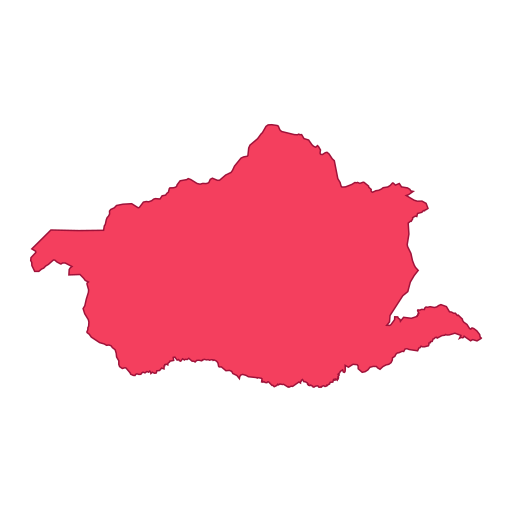 the district of Nkoranza North, Brong Ahafo, Ghana
{"feature_id": "2480657B63998169387071", "entity_name": "Nkoranza North", "entity_type": "district", "adm_level": 2, "iso_a3": "GHA", "parent_name": "Ghana", "parent_adm1": "Brong Ahafo", "projection": "robinson", "projection_center": [-1.569, 7.72], "detail": "fine", "context": "isolated", "style": "filled", "palette": "rose", "viewbox_px": 512, "rotation_deg": 0, "n_neighbors": 0, "source": "geoboundaries", "source_scale": "gbopen_adm2", "svg_char_len": 6084}
<svg xmlns="http://www.w3.org/2000/svg" viewBox="0 0 512 512"><path d="M318.6,146.7L317.5,145.6L315.7,147.2L313.6,146.3L311.9,144.7L308.6,140.0L304.0,138.6L301.6,134.6L299.8,134.7L298.8,134.1L297.4,134.8L294.3,134.6L281.6,131.5L279.8,129.8L278.3,126.1L277.2,125.5L271.7,124.7L268.1,124.9L266.0,126.4L262.4,132.7L261.1,133.9L257.6,138.7L250.0,145.1L248.7,148.0L247.9,155.6L247.4,156.2L243.6,156.9L241.0,158.1L234.5,166.1L232.5,170.4L231.1,172.4L225.7,175.0L219.5,180.3L217.4,180.3L212.4,178.2L210.3,179.3L208.8,182.6L207.6,183.2L205.9,183.6L202.8,183.4L200.1,184.2L197.1,183.5L190.7,179.5L188.2,178.6L186.8,179.6L180.1,180.8L177.1,184.8L176.7,186.2L175.6,187.2L173.2,187.8L169.9,187.9L169.3,188.6L168.4,192.2L166.9,193.3L165.6,195.1L162.1,195.8L160.0,199.0L155.5,198.6L153.7,199.1L151.7,200.7L148.6,201.8L146.3,201.5L143.4,202.1L139.4,207.4L138.2,207.8L131.7,203.7L122.9,204.2L116.5,205.5L114.3,207.8L110.7,209.5L109.5,211.1L109.6,214.0L108.4,216.3L107.2,217.5L106.3,219.7L105.3,224.4L104.3,225.9L103.6,230.3L79.0,230.6L50.9,230.0L31.8,248.9L35.6,251.2L35.8,252.5L31.0,257.6L30.7,260.6L31.7,262.3L31.9,265.6L34.7,271.4L38.8,271.4L41.5,269.1L43.7,268.1L45.7,266.0L48.4,264.4L53.4,260.0L54.8,260.1L56.8,261.9L60.5,263.9L61.2,263.9L62.5,263.0L65.2,263.0L72.0,266.5L70.3,267.8L69.2,269.5L68.9,274.9L80.0,274.5L83.7,278.3L85.2,280.4L88.4,282.0L87.0,283.2L87.0,284.1L88.6,289.8L88.4,292.4L86.3,299.1L84.8,305.8L83.1,308.6L84.7,313.7L88.3,319.6L88.9,322.1L88.6,326.3L87.9,327.6L87.8,329.8L86.9,331.9L87.1,332.6L89.3,334.3L91.3,337.1L99.6,342.6L104.4,344.0L106.5,345.3L108.9,345.0L111.0,345.7L112.4,347.6L115.1,349.7L116.2,353.2L116.6,357.0L118.8,360.8L118.8,364.4L119.6,366.6L122.3,368.5L125.0,367.7L126.1,368.1L130.0,372.7L130.7,374.2L133.3,375.4L135.0,375.5L135.7,374.4L136.9,373.8L138.8,374.4L140.8,374.3L142.3,372.5L143.1,372.2L145.0,372.9L146.9,371.5L148.7,372.2L149.8,371.1L150.6,372.1L150.9,373.5L152.4,372.2L154.3,373.2L155.9,373.1L156.3,372.9L156.8,370.8L159.6,370.5L161.6,368.1L164.0,368.9L164.1,365.9L164.8,365.7L164.8,364.6L166.3,364.2L167.8,364.9L167.9,363.4L169.6,361.9L169.8,361.2L173.7,360.4L173.2,357.4L174.9,357.1L177.1,360.1L178.6,359.5L179.4,360.7L180.7,361.2L182.6,358.8L184.4,360.0L185.2,359.3L187.3,359.5L188.8,358.3L192.1,361.2L193.8,361.2L195.1,362.0L196.7,360.4L198.9,360.2L201.5,360.8L202.2,360.1L202.3,360.4L204.1,359.3L206.7,359.9L208.2,359.6L209.5,360.2L211.3,359.7L212.9,359.8L213.1,360.4L214.2,360.0L216.2,360.9L217.3,362.0L218.0,363.2L218.6,366.3L219.2,366.9L221.4,366.9L225.9,370.7L229.5,370.4L231.7,371.4L232.8,373.5L236.9,375.5L239.4,378.6L239.7,376.6L240.8,375.0L242.7,374.4L246.1,375.4L248.3,376.7L256.6,377.6L257.2,378.1L257.8,377.6L261.4,378.3L262.0,378.8L261.6,381.9L262.7,382.1L262.9,381.5L263.4,382.0L264.1,381.7L265.1,382.5L266.9,382.7L267.6,381.9L268.6,381.9L272.0,385.4L272.8,385.3L274.2,386.7L276.8,385.5L277.6,384.3L278.3,384.9L279.3,384.1L279.8,384.4L280.4,384.0L282.3,384.5L283.6,384.3L288.1,387.1L288.4,386.7L289.2,387.1L291.1,386.2L292.6,386.4L298.9,382.0L300.5,383.0L300.6,381.7L301.4,381.0L301.4,380.3L302.5,379.5L303.9,381.7L305.2,381.7L307.4,383.0L307.6,384.3L308.0,384.7L308.5,384.4L308.6,385.3L309.9,385.6L310.8,385.0L311.4,385.7L312.5,386.0L313.1,387.0L314.0,387.1L315.2,386.3L317.2,385.8L317.9,385.9L318.7,387.1L320.2,387.3L320.8,386.8L321.5,387.1L321.8,386.4L323.6,385.7L325.0,386.5L326.5,386.0L326.7,385.3L327.2,385.6L328.7,384.2L329.5,384.1L330.2,382.3L332.8,382.1L333.5,379.6L334.4,380.2L335.4,379.5L335.3,379.0L336.0,379.2L336.1,379.9L336.8,379.5L337.3,380.0L337.6,378.6L338.1,378.9L338.5,377.8L338.1,377.5L338.3,376.8L338.0,376.3L339.0,375.5L339.0,374.8L338.3,374.3L339.0,374.1L338.8,373.5L339.8,372.7L340.2,371.5L342.6,369.9L343.3,372.0L344.3,372.4L345.0,371.7L345.3,369.5L345.2,365.4L348.4,367.2L353.0,364.3L357.2,364.7L358.1,365.9L358.2,368.8L362.2,372.3L365.1,371.7L367.9,369.9L369.9,367.3L373.2,366.4L376.5,366.5L377.5,367.8L380.0,369.3L382.9,366.6L386.1,364.9L388.8,364.3L391.1,362.6L392.3,360.1L392.5,357.8L394.8,356.4L395.9,354.2L397.4,352.9L398.8,352.8L402.1,351.3L403.7,351.5L405.1,349.0L407.0,348.7L409.1,349.5L417.6,350.8L418.9,348.0L420.0,347.7L421.0,346.2L422.3,346.8L424.5,346.8L428.4,345.8L428.9,344.7L428.9,343.1L430.4,342.7L430.5,341.6L432.2,341.4L433.1,339.0L434.1,338.7L435.2,337.5L436.6,337.3L437.2,338.1L441.9,335.6L444.9,335.2L445.5,334.5L446.9,335.0L449.2,334.9L454.9,333.2L460.9,335.4L459.5,338.3L461.2,337.4L462.6,337.8L463.4,337.5L464.1,336.2L470.6,340.8L472.7,339.6L477.0,340.9L481.0,338.5L481.3,338.1L480.1,337.0L479.7,334.6L476.9,330.9L473.9,328.6L472.4,328.0L471.6,328.1L470.8,329.1L469.6,328.6L467.0,324.5L463.7,322.1L462.5,320.3L462.4,319.1L458.2,315.1L457.3,315.5L455.4,313.2L453.7,313.3L451.6,312.1L449.5,311.8L446.4,306.6L440.9,304.6L438.5,305.6L436.8,306.9L434.4,307.5L430.1,306.7L427.5,307.3L426.0,307.0L424.8,308.0L424.4,309.5L421.5,309.4L420.0,310.1L417.9,309.9L417.6,310.7L418.6,312.7L418.2,313.4L418.6,313.7L417.8,314.4L417.9,315.3L417.0,315.7L417.1,316.4L411.3,318.3L403.6,317.3L400.4,321.3L400.0,319.4L398.4,318.3L397.7,316.9L394.7,316.8L394.6,319.7L390.9,324.7L389.9,325.4L386.7,325.3L389.5,321.9L390.0,315.5L402.8,295.7L407.8,291.6L410.3,282.1L414.2,275.5L418.2,270.4L415.4,267.3L414.2,265.1L412.5,260.7L410.9,253.4L407.6,246.6L407.2,244.6L408.9,234.1L408.2,223.1L410.5,221.2L411.2,221.3L412.7,218.8L412.6,217.7L415.4,216.1L416.8,216.5L417.5,213.5L421.8,212.3L423.5,210.6L424.6,210.8L425.4,209.7L426.3,209.6L428.0,208.4L426.1,203.4L422.0,201.1L417.4,201.2L414.1,200.2L406.2,195.5L408.5,194.7L413.2,191.4L410.8,190.9L409.8,189.3L407.5,187.9L401.5,186.9L399.3,183.5L395.4,185.1L393.3,183.1L392.5,183.0L390.2,185.5L387.7,187.0L383.1,187.7L381.5,189.0L378.7,190.3L375.9,190.7L372.5,192.3L371.4,191.5L371.0,190.6L371.2,189.4L368.8,187.3L368.6,186.1L364.1,182.4L363.2,182.2L359.8,183.4L357.5,182.4L356.5,182.8L354.9,182.5L351.9,184.4L345.5,186.9L342.0,187.1L341.0,185.9L340.1,182.5L337.8,178.6L334.3,160.7L332.3,158.9L329.0,153.9L327.0,152.3L325.3,152.7L322.5,154.5L320.8,154.4L320.2,153.7L320.1,152.6L320.5,150.0L318.6,146.7Z" fill="#f43f5e" stroke="#9f1239" stroke-width="1.5"/></svg>